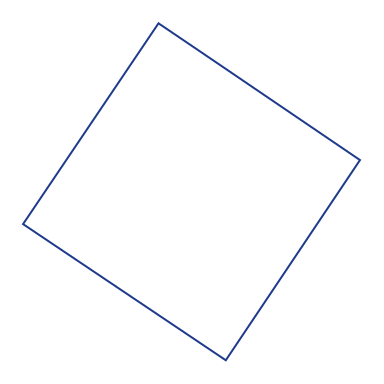 outline of Wright, Iowa, United States of America, rotated 124°
{"feature_id": "52423323B97285304575303", "entity_name": "Wright", "entity_type": "district", "adm_level": 2, "iso_a3": "USA", "parent_name": "United States of America", "parent_adm1": "Iowa", "projection": "orthographic", "projection_center": [-93.814, 42.733], "detail": "fine", "context": "isolated", "style": "outline", "palette": "blue", "viewbox_px": 384, "rotation_deg": 124, "n_neighbors": 0, "source": "geoboundaries", "source_scale": "gbopen_adm2", "svg_char_len": 232}
<svg xmlns="http://www.w3.org/2000/svg" viewBox="0 0 384 384"><g transform="rotate(124 192 192)"><path d="M70.9,314.1L313.1,314.1L312.6,69.9L71.6,70.6L71.0,253.8L70.9,314.1Z" fill="none" stroke="#1e3a8a" stroke-width="2"/></g></svg>